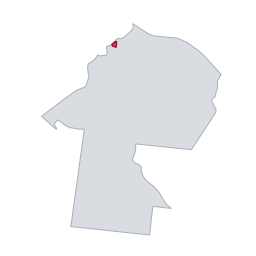 Atescatempa, Jutiapa, Guatemala (highlighted), rotated 186°
{"feature_id": "79465075B46496054688907", "entity_name": "Atescatempa", "entity_type": "district", "adm_level": 2, "iso_a3": "GTM", "parent_name": "Guatemala", "parent_adm1": "Jutiapa", "projection": "natural_earth1", "projection_center": [-89.726, 14.171], "detail": "fine", "context": "in_parent", "style": "filled", "palette": "rose", "viewbox_px": 256, "rotation_deg": 186, "n_neighbors": 0, "source": "geoboundaries", "source_scale": "gbopen_adm2", "svg_char_len": 2206}
<svg xmlns="http://www.w3.org/2000/svg" viewBox="0 0 256 256"><g transform="rotate(186 128 128)"><path d="M40.8,190.8L42.0,189.5L42.9,186.5L44.1,183.4L43.4,179.8L43.0,176.9L44.3,172.7L44.2,169.5L44.9,167.6L46.8,166.3L47.9,163.9L42.3,155.5L42.3,153.6L43.0,151.3L47.6,142.4L53.1,131.8L59.1,120.1L62.7,113.1L75.9,113.0L84.6,113.0L95.6,113.0L107.6,113.0L115.5,113.0L118.7,112.9L118.2,108.3L118.6,103.3L120.1,98.7L120.1,96.7L117.7,94.2L113.2,92.8L110.7,90.6L110.6,87.8L109.5,84.4L107.3,80.5L102.8,76.5L95.8,72.3L90.0,66.8L85.1,59.9L81.0,55.4L77.8,53.5L77.1,52.5L86.4,52.6L95.1,52.7L95.2,42.7L95.3,33.9L95.4,23.9L111.3,23.9L130.3,23.9L150.0,24.0L165.4,24.0L174.5,24.0L174.1,36.4L173.7,50.7L173.3,61.3L172.8,75.3L172.4,89.7L171.7,109.3L171.3,122.0L171.5,122.3L176.7,121.7L184.4,122.3L186.2,122.2L188.6,123.3L190.4,123.7L194.3,126.5L198.9,128.7L201.8,124.3L200.2,121.7L199.1,120.3L199.3,119.2L215.2,130.5L213.3,132.2L209.3,136.2L201.9,143.1L195.4,149.3L189.0,154.9L183.4,159.9L182.7,160.4L175.5,164.0L174.2,165.6L172.7,172.7L172.0,174.5L173.3,178.4L174.6,184.5L174.2,187.7L169.2,191.6L166.9,195.2L165.9,197.4L165.0,196.9L163.4,196.7L159.9,197.6L158.1,197.8L156.7,198.8L156.6,201.0L157.5,204.5L157.9,206.4L156.9,207.2L152.5,209.3L150.7,211.5L149.1,214.7L147.1,216.1L145.1,215.9L143.7,216.3L140.6,218.8L136.0,223.6L133.6,227.1L133.5,229.7L134.0,232.1L117.3,223.7L111.7,222.3L88.2,222.5L78.1,219.2L66.7,212.8L58.9,207.0L40.8,190.8Z" fill="#d9dde1" stroke="#a8b0b8" stroke-width="1"/><path d="M148.5,207.1L148.5,207.4L148.5,207.8L148.5,208.0L148.3,208.8L148.3,209.0L148.2,209.3L148.2,209.7L148.2,209.8L148.2,210.1L148.2,210.3L148.2,210.6L148.3,210.7L148.3,210.9L148.4,211.4L148.5,211.6L148.5,211.8L148.5,212.1L148.6,212.7L149.1,212.8L149.3,212.7L149.4,212.4L149.5,212.2L150.2,212.1L150.3,212.1L150.6,211.6L150.8,211.4L151.1,211.1L151.5,210.7L151.9,210.3L152.0,210.2L152.4,209.8L152.7,209.2L152.5,208.9L152.4,208.8L152.2,208.7L151.8,208.4L151.7,208.4L151.6,208.2L151.8,208.0L151.7,207.9L151.3,207.6L151.2,207.6L150.9,207.7L150.9,207.8L150.7,207.8L150.4,207.7L150.1,207.7L149.9,207.7L149.7,207.5L149.4,207.4L149.2,207.3L149.0,207.2L148.5,207.1L148.5,207.1Z" fill="#f43f5e" stroke="#9f1239" stroke-width="1.5"/></g></svg>